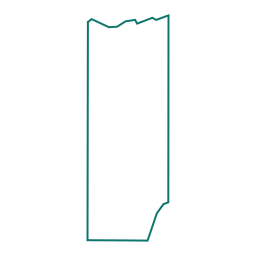 Franklin, Texas, United States of America
{"feature_id": "52423323B17137134235452", "entity_name": "Franklin", "entity_type": "district", "adm_level": 2, "iso_a3": "USA", "parent_name": "United States of America", "parent_adm1": "Texas", "projection": "albers", "projection_center": [-95.207, 33.176], "detail": "fine", "context": "isolated", "style": "outline", "palette": "teal", "viewbox_px": 256, "rotation_deg": 0, "n_neighbors": 0, "source": "geoboundaries", "source_scale": "gbopen_adm2", "svg_char_len": 327}
<svg xmlns="http://www.w3.org/2000/svg" viewBox="0 0 256 256"><path d="M168.5,15.4L156.2,19.9L152.4,17.8L137.1,23.6L135.2,19.9L125.6,21.3L117.1,26.7L108.9,27.2L91.6,19.1L88.8,21.4L87.9,21.8L87.5,240.2L121.9,240.4L147.6,240.6L156.8,213.4L163.4,204.2L168.3,202.3L168.5,15.4Z" fill="none" stroke="#0f766e" stroke-width="2"/></svg>